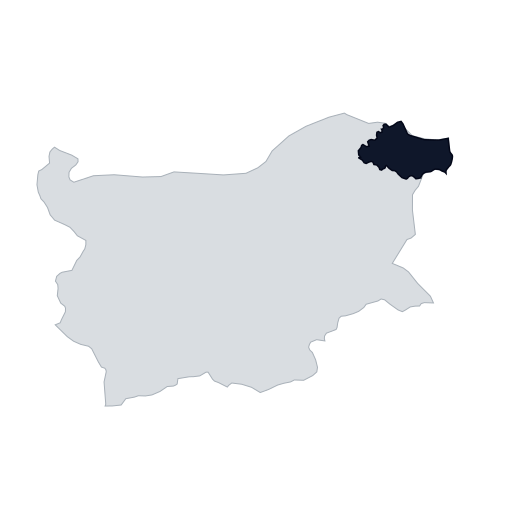 Dobrich highlighted on a map of Bulgaria, rotated 352°
{"feature_id": "BGR-2259", "entity_name": "Dobrich", "entity_type": "Province", "adm_level": 1, "iso_a3": "BGR", "parent_name": "Bulgaria", "parent_adm1": "", "projection": "mercator", "projection_center": [27.865, 43.673], "detail": "fine", "context": "in_parent", "style": "filled", "palette": "ink", "viewbox_px": 512, "rotation_deg": 352, "n_neighbors": 0, "source": "natural_earth", "source_scale": "10m", "svg_char_len": 3528}
<svg xmlns="http://www.w3.org/2000/svg" viewBox="0 0 512 512"><g transform="rotate(352 256 256)"><path d="M425.2,327.2L416.2,325.6L413.0,326.1L411.0,328.3L406.8,327.8L401.7,327.9L396.2,330.4L393.2,331.5L389.2,329.2L381.8,322.2L377.3,317.3L373.9,316.0L370.5,317.5L358.4,319.1L355.6,322.0L350.0,325.1L344.3,326.6L336.3,327.7L332.0,327.5L329.6,329.1L327.6,333.6L326.3,338.1L325.1,339.9L315.0,342.2L312.8,344.7L312.2,347.2L312.4,349.7L304.4,347.3L298.2,348.9L296.7,350.8L295.4,353.6L296.2,356.6L298.4,359.4L300.6,367.1L301.4,374.8L300.1,379.2L295.5,382.3L285.9,385.7L276.7,384.1L272.7,385.5L265.8,385.9L259.5,386.8L249.9,389.9L241.2,391.8L233.3,385.4L224.0,381.0L214.3,378.4L210.9,380.3L209.4,381.8L201.2,376.1L197.5,374.1L195.8,371.9L192.4,364.4L190.3,364.1L183.6,366.9L177.1,366.8L173.2,366.3L161.6,366.6L160.1,371.8L158.6,372.6L156.1,373.3L149.9,372.9L142.0,376.8L133.6,379.1L127.0,379.2L120.1,378.0L116.0,378.8L107.2,379.2L101.7,384.8L93.0,384.5L85.7,383.6L86.6,381.8L88.0,359.6L91.6,349.7L91.5,347.7L90.7,346.1L87.5,344.5L85.2,339.1L80.4,325.0L77.7,322.1L70.1,319.1L63.5,315.0L57.9,309.6L47.6,296.2L52.8,294.9L54.4,292.1L59.5,284.7L60.1,281.1L59.6,279.1L56.1,275.5L53.7,267.7L55.5,260.5L55.7,256.7L53.9,253.0L55.8,248.4L59.5,245.9L61.8,245.1L71.7,244.6L77.9,235.4L81.7,232.4L85.6,227.2L87.4,225.2L89.1,221.1L89.7,216.9L81.9,211.1L79.3,206.6L75.8,201.7L71.1,198.4L61.6,192.5L57.9,186.6L56.3,179.0L53.7,173.2L51.0,169.4L50.4,166.3L49.3,162.5L49.0,155.0L51.3,145.1L52.7,141.6L55.9,140.6L64.5,135.3L64.9,128.5L66.4,124.3L69.1,121.8L71.6,120.2L76.3,124.2L87.6,130.5L93.2,135.0L92.9,137.9L90.3,140.7L85.4,143.5L82.5,147.1L81.7,151.6L82.5,154.8L85.9,157.6L106.2,153.9L126.9,155.8L154.6,162.0L173.0,164.1L186.5,161.3L211.7,166.4L235.1,171.2L257.6,172.7L270.1,168.9L279.0,163.8L286.6,154.2L305.4,141.6L323.6,134.5L347.5,128.7L363.4,126.8L365.7,128.7L386.0,140.4L395.0,140.4L402.3,142.5L405.0,145.5L406.8,146.3L416.5,143.4L420.8,149.8L427.6,158.7L439.0,163.3L449.2,165.8L452.4,166.2L463.2,166.1L461.6,188.2L455.2,198.5L445.5,195.1L433.1,197.9L426.6,209.6L422.8,213.0L419.5,217.1L417.3,232.2L416.8,256.8L412.1,259.8L407.8,260.7L389.9,282.3L400.2,288.4L404.8,293.0L412.3,305.7L423.1,320.1L425.2,327.2Z" fill="#d9dde1" stroke="#a8b0b8" stroke-width="1"/><path d="M403.1,143.5L405.7,147.0L410.1,145.9L414.7,143.3L418.4,142.9L419.9,145.6L423.0,156.2L425.2,158.0L439.0,164.3L453.2,166.7L462.7,166.2L462.6,167.4L462.4,178.6L462.5,179.8L463.2,181.4L463.9,182.5L464.4,183.5L464.4,184.9L463.8,187.2L462.7,190.1L461.5,192.6L460.5,193.6L459.8,194.0L456.8,196.9L456.1,197.8L455.8,199.0L455.7,200.6L454.8,199.3L451.8,197.6L451.2,197.1L450.4,196.2L448.8,195.5L445.6,194.9L444.1,195.2L441.6,196.5L440.4,196.8L436.1,196.6L434.7,196.8L432.1,198.3L430.3,200.8L430.0,201.6L429.8,201.5L427.5,201.8L425.1,201.8L423.8,200.1L421.9,198.2L419.8,198.1L417.9,199.0L416.8,200.2L415.4,200.7L411.5,198.7L408.2,194.6L407.0,192.3L405.3,190.8L402.8,190.3L400.1,187.8L397.8,184.5L396.8,184.9L396.1,186.7L394.8,187.3L393.5,187.5L393.0,188.0L392.3,188.4L390.6,187.6L390.2,185.4L388.2,182.6L385.5,181.8L384.9,179.3L383.3,178.3L380.6,178.8L378.0,179.7L376.1,178.7L374.7,175.9L371.0,172.8L372.3,173.1L373.4,172.7L371.8,170.2L372.0,166.0L375.2,163.1L376.0,161.2L377.4,160.5L380.4,163.0L383.3,163.0L382.5,158.4L384.2,157.1L386.3,156.7L389.7,157.9L392.4,156.0L392.2,153.1L393.0,150.3L394.6,149.8L396.1,151.2L398.1,150.8L398.3,149.0L397.9,147.9L399.1,147.9L400.3,146.5L400.0,144.5L401.3,143.4L403.1,143.5L403.1,143.5Z" fill="#0f172a" stroke="#020617" stroke-width="1.5"/></g></svg>